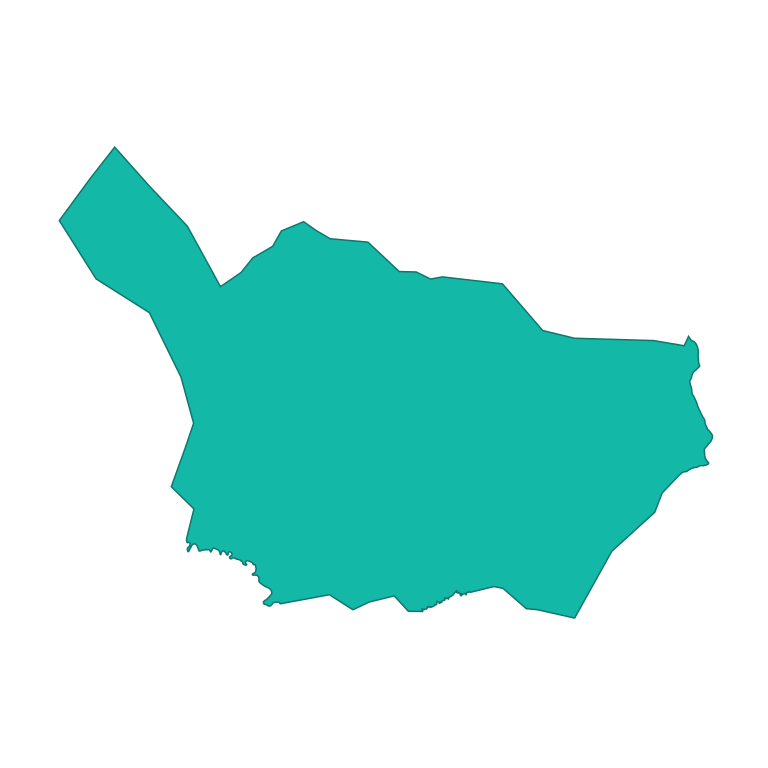 the district of Baruunbu'ren, Selenge, Mongolia, rotated 92°
{"feature_id": "93677404B37316028953404", "entity_name": "Baruunbu'ren", "entity_type": "district", "adm_level": 2, "iso_a3": "MNG", "parent_name": "Mongolia", "parent_adm1": "Selenge", "projection": "robinson", "projection_center": [105.041, 49.277], "detail": "fine", "context": "isolated", "style": "filled", "palette": "teal", "viewbox_px": 768, "rotation_deg": 92, "n_neighbors": 0, "source": "geoboundaries", "source_scale": "gbopen_adm2", "svg_char_len": 5932}
<svg xmlns="http://www.w3.org/2000/svg" viewBox="0 0 768 768"><g transform="rotate(92 384 384)"><path d="M451.5,56.8L450.1,58.2L447.8,59.8L446.6,60.4L444.4,61.0L438.5,61.6L437.5,61.4L436.7,60.8L435.7,59.9L434.5,58.9L432.8,57.8L431.3,56.5L430.3,55.5L428.4,54.7L426.4,54.0L425.1,53.8L424.2,53.9L422.6,54.7L420.9,56.2L420.4,56.6L420.0,56.8L418.8,58.0L418.5,58.6L417.9,59.2L416.7,59.5L415.1,60.4L412.3,61.7L409.8,62.1L409.1,62.1L408.3,62.6L407.6,62.9L405.7,64.3L404.5,64.9L403.2,65.7L400.8,66.8L398.2,68.3L394.4,70.0L392.1,70.7L385.1,74.2L383.5,75.6L377.8,76.5L374.0,77.8L370.3,78.6L367.8,77.2L364.1,76.4L361.4,75.3L358.9,72.6L355.4,69.3L354.7,69.2L351.7,70.3L347.2,70.7L344.7,71.1L341.2,70.8L337.1,71.7L333.5,73.1L330.9,75.6L329.7,78.5L325.8,81.3L335.3,85.3L331.2,115.9L331.6,195.4L325.0,227.3L279.8,269.1L274.9,329.3L277.5,341.1L270.9,355.8L271.1,372.7L242.8,405.0L240.7,442.9L233.1,457.0L224.6,470.0L234.6,491.9L250.3,500.1L262.6,519.6L277.6,530.8L292.4,550.8L233.2,586.0L194.3,625.5L156.7,661.4L188.9,684.8L232.0,714.2L289.1,675.3L320.9,621.0L384.2,587.1L429.9,572.9L455.4,580.6L494.1,593.0L515.5,569.6L544.0,575.6L546.1,575.9L547.5,575.8L548.7,575.6L549.3,575.2L549.4,574.7L549.1,573.5L549.4,572.8L550.1,572.2L551.5,572.3L552.5,572.7L553.4,573.2L553.9,573.9L554.7,574.5L555.5,574.8L556.4,574.8L558.1,574.2L558.4,573.8L557.8,573.1L555.6,572.2L553.4,571.0L552.2,570.5L551.2,569.8L550.5,568.5L550.4,567.6L550.5,566.9L551.2,566.0L552.5,565.0L555.3,563.8L556.8,563.3L557.3,563.0L557.4,562.6L557.4,562.1L556.4,559.6L556.1,558.1L556.1,557.0L556.0,556.6L555.7,556.4L555.5,556.0L555.7,555.5L555.9,555.0L555.7,553.8L555.7,553.2L555.9,552.6L556.7,552.1L557.7,551.5L557.9,551.2L557.4,550.8L554.8,549.7L554.1,549.2L553.8,548.6L553.9,548.0L554.4,547.1L555.6,543.8L556.2,543.2L557.0,542.6L558.1,542.2L560.0,541.8L560.2,541.6L560.2,541.3L559.7,541.0L557.8,540.5L557.0,539.8L556.6,539.1L556.4,538.3L556.6,537.8L558.6,536.1L559.7,535.6L560.2,535.1L560.4,534.4L560.2,533.9L559.8,533.8L558.6,533.9L558.0,533.9L557.5,533.6L557.2,533.2L557.1,532.7L557.1,532.0L557.5,531.3L558.1,530.5L558.8,530.1L559.5,529.9L560.4,530.1L561.0,530.6L561.5,531.7L561.9,532.1L562.3,532.3L562.8,532.3L563.4,532.1L563.9,531.7L564.0,531.0L563.9,530.2L563.0,529.2L562.9,528.8L563.0,528.0L563.2,527.0L563.8,526.1L564.3,524.7L564.6,522.5L564.9,521.9L565.5,521.3L566.3,519.6L567.0,519.2L568.4,518.8L569.3,517.9L569.5,517.1L569.9,515.8L569.7,515.1L569.5,514.9L569.2,514.9L568.7,515.1L567.9,515.9L567.5,516.1L567.0,516.2L566.6,516.0L566.1,515.7L565.5,515.1L565.3,514.6L565.5,513.4L565.9,512.1L566.3,511.2L566.7,510.1L567.1,509.4L567.7,509.0L568.9,508.3L569.1,508.1L569.1,507.0L569.1,506.6L569.4,506.3L569.8,506.1L570.5,505.9L571.7,505.7L573.3,505.3L573.9,505.4L574.4,505.6L575.6,505.7L576.6,506.0L577.5,507.0L577.8,508.0L578.2,508.6L578.5,508.8L578.9,508.9L579.3,508.8L579.6,508.5L579.5,505.0L579.7,504.1L580.3,503.3L581.3,502.6L582.5,502.2L585.0,502.2L586.0,501.9L586.6,501.5L587.9,499.7L589.0,498.2L590.1,496.4L591.0,494.4L591.9,492.2L592.8,490.8L593.6,490.0L594.9,489.3L596.5,488.8L597.5,488.9L598.3,489.3L599.5,490.4L601.1,491.6L601.9,492.5L603.0,493.3L603.7,494.2L604.5,495.6L605.8,496.8L606.6,496.9L607.4,496.7L608.0,496.4L608.3,495.6L608.4,494.7L608.8,493.6L609.3,492.6L609.9,491.9L609.9,490.3L609.6,489.6L608.8,488.7L607.6,487.8L606.7,487.2L606.4,486.5L605.9,485.1L605.7,484.4L605.7,483.6L605.8,481.8L606.0,480.9L606.5,480.5L607.3,480.1L596.5,431.2L610.7,407.2L602.4,391.1L595.4,366.4L610.3,351.7L610.0,338.4L610.1,337.8L609.9,337.5L609.5,337.4L609.3,337.4L609.0,337.5L607.8,338.3L607.4,338.3L607.2,338.1L607.9,337.4L608.0,336.9L608.1,336.3L608.1,335.9L608.0,335.6L607.8,335.4L607.4,335.1L607.3,334.9L607.3,334.7L607.5,334.0L607.4,333.9L607.3,333.6L606.3,332.8L606.1,332.8L605.9,332.8L605.7,332.9L605.4,333.0L605.1,332.9L604.9,332.7L604.9,332.4L605.4,331.8L605.4,331.6L604.8,331.1L605.6,330.2L605.5,329.8L605.0,329.4L605.0,329.2L605.3,328.5L604.8,328.2L604.6,327.8L604.6,327.2L604.0,326.3L603.8,325.8L603.6,325.5L603.0,325.3L602.6,325.1L602.7,324.0L602.6,323.8L602.4,323.7L602.0,323.7L601.2,323.7L600.3,323.3L599.7,323.4L599.3,323.4L599.3,323.2L599.9,322.5L599.9,322.3L599.9,322.1L599.9,321.8L600.0,321.7L600.9,321.5L601.1,321.1L601.1,320.7L601.0,320.4L600.7,320.2L599.8,320.0L599.8,319.9L600.3,319.2L600.2,318.8L599.0,318.5L598.5,318.2L598.4,318.0L598.3,317.2L598.2,316.4L598.1,316.1L597.8,315.8L597.4,315.8L596.4,315.9L595.8,315.9L595.6,315.8L595.7,315.6L596.3,314.9L596.4,314.6L596.4,314.4L596.0,313.8L595.9,313.5L595.9,313.2L596.6,312.3L596.7,312.1L596.6,311.9L596.3,311.8L596.0,311.8L595.4,312.2L595.2,312.2L594.9,312.2L594.7,311.0L594.3,310.5L594.2,309.8L593.4,309.1L593.3,308.7L593.0,308.5L592.5,307.7L591.8,307.3L591.6,306.9L590.8,306.5L590.4,306.4L589.9,305.9L589.7,305.5L589.4,305.2L588.6,304.8L588.2,304.6L588.1,304.3L588.1,303.9L588.3,303.9L588.8,304.2L589.5,304.2L589.8,304.1L590.0,303.7L590.3,303.0L590.4,302.7L590.1,302.4L589.6,302.2L589.5,301.8L590.3,301.5L590.5,301.3L590.7,301.0L590.7,300.6L591.9,300.5L592.4,300.3L592.8,300.1L592.9,299.8L593.0,299.5L592.8,299.3L592.5,299.2L592.2,299.2L591.7,299.7L591.5,299.8L591.3,299.9L591.1,299.8L590.9,299.7L590.9,299.3L591.1,299.0L591.8,298.4L591.8,298.1L591.2,297.7L590.9,296.8L590.5,296.3L590.6,295.9L590.8,295.6L591.6,294.9L591.8,294.7L591.7,294.4L591.1,294.3L589.9,294.2L589.6,293.9L589.2,293.1L589.3,292.6L589.2,292.3L588.9,291.8L588.8,291.5L588.8,291.2L589.2,290.5L582.6,267.1L584.1,257.9L603.6,233.9L604.2,222.9L611.3,185.3L543.2,150.5L502.7,108.9L483.2,102.2L465.3,86.3L462.3,83.1L461.5,81.7L461.4,81.6L461.2,81.0L461.0,78.9L460.9,78.4L460.5,77.9L460.3,77.8L459.8,77.0L458.9,76.0L458.7,75.6L458.5,75.1L458.4,74.7L457.7,73.9L457.4,73.5L457.3,72.9L457.3,72.1L456.8,71.4L456.6,70.9L456.4,68.7L455.9,67.6L455.5,66.9L455.1,66.3L454.7,65.5L454.7,64.8L454.4,64.3L454.4,63.5L454.6,62.8L454.5,61.9L453.9,60.0L453.7,59.1L452.8,57.3L452.0,56.8L451.5,56.8Z" fill="#14b8a6" stroke="#0f766e" stroke-width="1.5"/></g></svg>